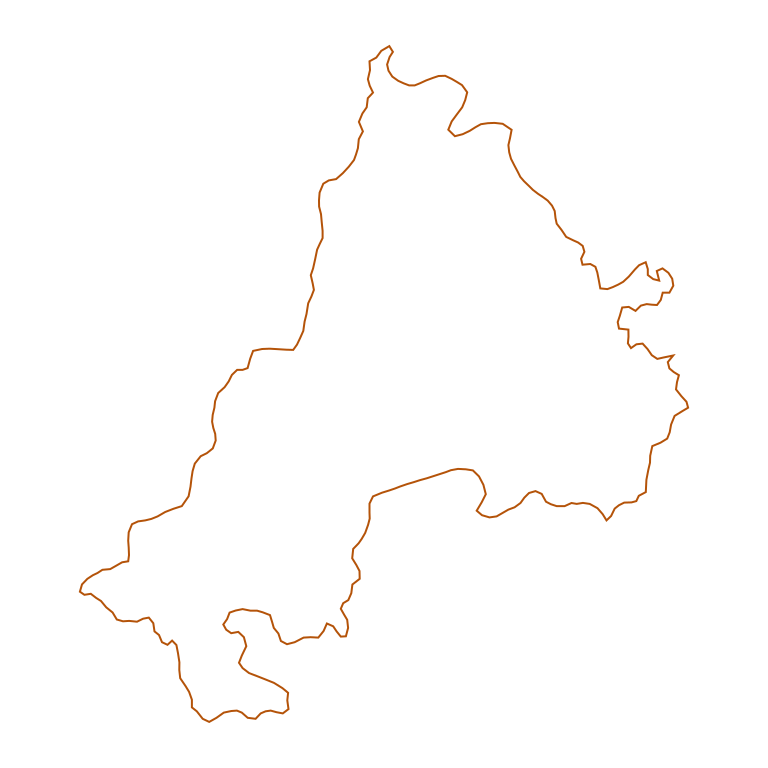 the district of Papagaios, Minas Gerais, Brazil
{"feature_id": "56859067B20043946270672", "entity_name": "Papagaios", "entity_type": "district", "adm_level": 2, "iso_a3": "BRA", "parent_name": "Brazil", "parent_adm1": "Minas Gerais", "projection": "robinson", "projection_center": [-44.693, -19.372], "detail": "fine", "context": "isolated", "style": "outline", "palette": "amber", "viewbox_px": 768, "rotation_deg": 0, "n_neighbors": 0, "source": "geoboundaries", "source_scale": "gbopen_adm2", "svg_char_len": 4543}
<svg xmlns="http://www.w3.org/2000/svg" viewBox="0 0 768 768"><path d="M392.9,51.9L389.3,46.1L381.3,50.8L376.3,57.6L369.5,61.3L370.0,70.1L367.9,79.2L369.7,85.7L373.0,92.6L367.8,98.2L366.7,107.3L362.4,113.5L358.9,121.9L362.9,131.4L358.8,139.2L357.9,148.2L356.0,154.5L354.0,160.0L348.8,166.7L342.9,173.1L336.1,179.1L328.8,180.4L323.3,183.7L319.6,192.6L319.0,200.3L319.1,206.6L321.0,214.1L321.7,221.9L322.6,230.9L322.6,238.1L319.8,243.8L317.1,249.7L315.2,259.0L313.1,268.4L310.8,275.2L312.7,283.5L313.9,289.9L311.4,296.5L308.2,303.3L306.5,314.0L304.6,321.6L303.3,330.9L300.1,338.1L297.0,344.6L293.2,349.9L286.4,349.7L276.7,349.1L269.6,348.7L262.1,349.0L253.1,350.9L250.2,358.7L247.6,368.1L242.5,369.9L237.1,369.9L231.9,374.9L228.7,381.4L224.6,387.2L218.2,393.0L215.1,401.2L214.4,407.7L212.7,414.9L212.1,421.7L213.3,427.9L215.2,433.9L215.7,440.5L212.8,448.4L206.8,453.2L200.7,456.2L194.8,463.6L192.6,471.1L191.5,478.3L190.5,486.7L188.6,496.3L181.8,506.1L173.4,508.8L165.2,512.0L157.6,516.4L151.4,518.9L145.2,520.4L138.1,521.4L132.0,524.2L128.7,532.3L128.2,540.7L128.7,547.5L129.0,555.1L128.2,561.3L122.1,562.3L116.2,565.7L110.2,569.1L102.4,569.8L97.5,573.0L92.9,575.2L87.4,578.8L82.0,584.4L79.9,591.7L84.4,594.8L90.8,593.8L96.1,597.9L101.0,601.0L106.2,607.3L112.6,612.5L116.8,619.5L123.0,621.3L129.2,620.9L137.0,621.7L143.1,618.7L148.8,617.6L153.3,623.2L154.5,631.4L159.0,635.0L162.0,642.2L167.5,644.8L172.1,640.6L176.4,645.0L178.0,653.2L179.4,662.3L179.3,670.1L180.2,678.2L185.7,686.3L189.1,691.9L191.9,699.7L191.9,707.4L196.8,711.3L202.7,718.8L209.2,721.9L216.5,717.8L223.8,712.6L231.4,711.0L236.9,710.6L241.8,712.6L247.7,717.8L255.6,718.8L260.7,713.4L265.6,711.3L270.7,710.6L276.5,712.2L282.8,713.4L288.5,709.1L287.3,700.4L288.1,692.8L282.4,688.1L274.0,682.9L265.6,679.5L257.5,676.3L249.1,673.1L242.6,668.1L239.0,662.8L241.8,655.6L246.3,646.2L243.9,637.2L238.3,631.9L231.2,633.2L226.2,629.7L223.3,624.5L227.1,619.1L229.6,612.6L235.7,610.5L242.6,609.1L250.6,610.7L257.2,610.7L262.7,612.3L270.0,615.1L272.2,622.3L273.8,627.9L278.4,633.5L280.9,641.0L287.0,644.2L294.7,642.2L303.6,637.6L310.6,637.2L318.3,637.6L323.6,631.0L326.9,623.5L333.2,626.3L336.6,631.4L340.8,636.6L345.9,636.3L348.1,627.9L347.2,619.8L344.2,614.8L340.8,608.8L343.2,603.2L348.3,600.1L351.3,593.2L352.4,584.5L359.7,578.8L359.5,571.0L356.4,565.1L352.2,558.3L353.2,548.9L358.6,543.3L361.7,538.9L365.2,532.9L368.1,524.8L369.7,518.6L369.5,512.6L369.5,503.6L373.0,496.4L382.0,492.7L389.1,490.5L395.0,488.5L400.1,486.5L407.1,484.1L413.9,482.1L420.1,480.1L426.7,478.3L432.6,476.4L439.1,474.3L445.9,472.1L450.9,470.2L458.0,468.9L465.8,469.3L472.9,470.4L479.0,476.4L483.4,484.8L485.8,494.2L481.7,502.3L476.7,510.7L482.0,515.2L489.5,517.4L496.6,516.4L503.2,512.6L508.4,509.6L514.6,507.3L520.5,503.0L524.3,497.7L529.0,493.0L535.5,491.1L541.7,493.9L546.0,501.7L550.8,504.2L556.6,506.1L564.7,506.1L571.5,503.0L576.7,503.9L582.9,502.9L589.7,503.9L597.5,508.2L602.7,514.2L606.5,520.4L611.1,516.0L614.7,508.6L619.0,505.2L624.2,502.6L631.5,502.4L636.3,501.1L638.8,495.8L645.8,492.1L646.4,479.8L648.3,469.9L650.0,462.7L650.2,455.8L652.3,446.1L660.5,442.7L667.2,438.6L669.7,432.3L671.1,424.5L674.6,415.9L682.7,410.9L688.1,407.7L686.5,401.8L681.4,396.2L676.0,389.4L677.0,382.1L678.9,375.2L673.8,372.1L669.4,368.4L667.8,362.1L673.2,355.5L663.5,357.5L657.3,358.9L651.8,355.2L647.5,349.0L642.6,343.6L636.4,344.3L631.0,348.1L627.9,343.4L628.5,336.8L628.4,329.6L619.0,328.6L617.7,322.1L619.8,315.9L622.2,307.5L628.8,306.9L635.5,310.9L640.9,305.6L646.7,304.1L651.9,304.7L657.0,305.0L660.8,299.9L662.7,292.7L669.4,292.7L673.3,285.7L672.2,278.7L668.4,272.8L662.5,268.4L656.8,271.0L659.2,280.6L653.2,279.1L647.8,275.0L647.8,269.1L645.7,262.2L639.1,265.2L635.0,269.4L628.8,276.6L623.2,281.8L618.2,284.6L612.8,287.1L607.4,289.1L600.3,288.4L598.7,279.6L597.3,272.5L595.4,266.8L590.3,264.0L582.5,264.7L581.1,258.8L584.4,251.8L582.7,245.9L578.1,242.5L573.2,240.3L566.2,236.9L561.5,229.9L556.7,223.7L555.5,218.1L554.7,211.0L552.0,205.6L547.7,200.6L542.8,197.0L538.0,193.8L532.8,189.8L529.0,186.0L524.1,181.3L520.3,176.9L517.8,171.9L514.3,165.3L511.0,158.8L509.2,152.3L508.4,145.1L510.0,138.2L511.6,129.8L502.7,123.8L494.5,122.9L487.8,123.2L480.9,124.2L475.5,127.2L469.8,130.8L462.7,134.2L454.9,136.2L448.3,129.7L451.7,121.4L456.8,114.5L462.2,107.3L465.2,100.1L467.2,92.3L462.0,85.1L457.0,82.0L451.7,78.9L445.2,75.8L438.6,76.0L433.2,77.8L426.2,80.4L419.9,83.3L414.7,85.4L409.1,85.4L403.6,83.3L398.2,80.8L392.3,76.6L388.5,70.7L387.1,64.5L389.6,57.0L392.9,51.9Z" fill="none" stroke="#b45309" stroke-width="2"/></svg>